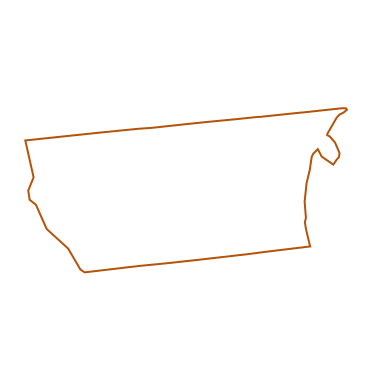 Lake, Indiana, United States of America, rotated 84°
{"feature_id": "52423323B96488388148981", "entity_name": "Lake", "entity_type": "district", "adm_level": 2, "iso_a3": "USA", "parent_name": "United States of America", "parent_adm1": "Indiana", "projection": "albers", "projection_center": [-87.421, 41.436], "detail": "fine", "context": "isolated", "style": "outline", "palette": "amber", "viewbox_px": 384, "rotation_deg": 84, "n_neighbors": 0, "source": "geoboundaries", "source_scale": "gbopen_adm2", "svg_char_len": 899}
<svg xmlns="http://www.w3.org/2000/svg" viewBox="0 0 384 384"><g transform="rotate(84 192 192)"><path d="M260.7,307.2L260.0,252.9L260.2,222.4L260.1,192.8L259.9,171.4L259.6,141.1L259.2,125.9L258.5,80.2L241.3,82.5L233.8,82.9L229.7,81.4L213.4,81.0L195.1,77.1L183.5,73.0L182.2,72.5L176.1,71.0L169.4,69.2L166.5,67.3L162.5,62.4L170.4,59.3L179.5,48.6L175.0,44.8L172.8,42.3L168.7,41.2L157.7,44.6L152.1,48.5L151.3,49.0L149.6,51.6L148.4,51.4L133.1,40.3L130.5,37.3L128.7,32.7L126.3,29.3L124.8,30.3L124.4,33.7L124.4,40.2L124.4,49.8L124.5,73.9L124.4,75.4L124.4,81.2L124.4,97.2L124.4,104.7L124.4,116.4L124.2,118.8L124.2,136.4L124.2,140.5L124.0,160.0L123.9,171.7L123.9,171.8L123.9,181.6L123.9,192.3L124.0,224.8L123.5,239.7L123.3,273.9L123.3,274.0L123.3,352.4L160.9,348.0L173.4,354.7L182.7,354.3L188.5,348.5L213.6,340.4L235.3,321.1L257.4,311.1L260.7,307.2Z" fill="none" stroke="#b45309" stroke-width="2"/></g></svg>